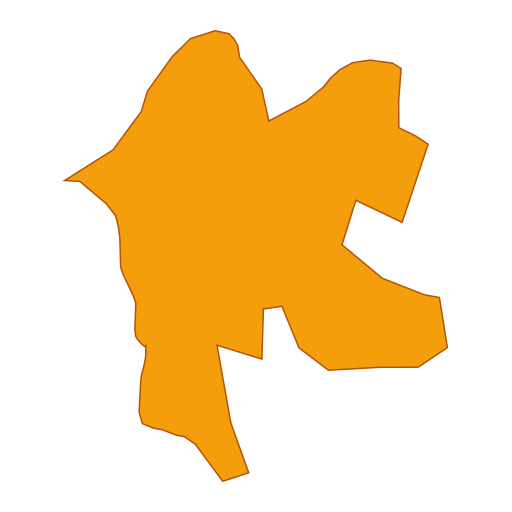 an SVG outline of Livanu
{"feature_id": "LVA-5750", "entity_name": "Livanu", "entity_type": "Municipality", "adm_level": 1, "iso_a3": "LVA", "parent_name": "Latvia", "parent_adm1": "", "projection": "orthographic", "projection_center": [26.324, 56.351], "detail": "fine", "context": "isolated", "style": "filled", "palette": "amber", "viewbox_px": 512, "rotation_deg": 0, "n_neighbors": 0, "source": "natural_earth", "source_scale": "10m", "svg_char_len": 953}
<svg xmlns="http://www.w3.org/2000/svg" viewBox="0 0 512 512"><path d="M248.7,472.7L222.7,481.3L195.4,444.3L184.3,436.6L176.6,435.3L161.8,429.6L153.4,428.2L142.4,423.6L139.1,412.0L140.7,381.5L141.7,374.4L143.9,366.2L145.7,356.6L145.9,345.5L144.6,346.5L141.2,343.7L137.6,339.5L135.7,336.3L134.9,329.4L135.8,303.2L133.4,296.1L122.9,274.0L120.6,266.9L119.9,238.7L118.4,226.7L115.6,215.8L106.4,203.8L79.8,181.4L64.6,180.5L113.0,149.9L141.3,111.5L147.5,91.1L172.4,56.4L190.5,38.6L215.2,30.7L229.1,33.8L233.9,38.7L237.7,45.5L239.6,57.3L261.8,89.1L268.8,121.0L305.9,101.5L323.3,87.2L330.5,78.1L339.8,69.7L352.5,62.7L370.2,60.1L392.6,63.2L401.1,68.5L398.7,99.9L398.8,127.7L415.7,136.0L428.1,144.3L402.1,222.4L355.8,200.3L342.0,244.8L382.2,278.2L424.0,294.7L439.4,297.5L447.4,347.6L418.1,367.2L379.4,367.3L328.4,370.2L299.0,347.9L281.9,306.2L263.4,309.0L261.9,359.1L217.0,345.2L230.9,423.2L248.7,472.7Z" fill="#f59e0b" stroke="#b45309" stroke-width="1.5"/></svg>